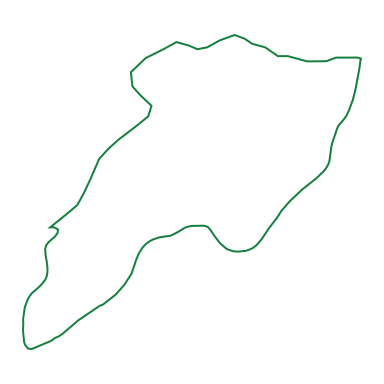 the district of Kim Hyong Gwon, Ryanggang, North Korea
{"feature_id": "82179303B61862606891781", "entity_name": "Kim Hyong Gwon", "entity_type": "district", "adm_level": 2, "iso_a3": "PRK", "parent_name": "North Korea", "parent_adm1": "Ryanggang", "projection": "albers", "projection_center": [128.041, 40.654], "detail": "fine", "context": "isolated", "style": "outline", "palette": "green", "viewbox_px": 384, "rotation_deg": 0, "n_neighbors": 0, "source": "geoboundaries", "source_scale": "gbopen_adm2", "svg_char_len": 1544}
<svg xmlns="http://www.w3.org/2000/svg" viewBox="0 0 384 384"><path d="M361.0,58.7L357.0,57.5L352.1,57.6L347.3,57.6L342.4,57.6L336.0,57.6L326.3,61.2L316.6,61.3L306.9,61.3L294.0,57.8L287.6,56.1L277.9,56.1L265.1,47.3L252.2,43.8L244.2,38.5L234.6,35.0L220.0,40.3L207.0,47.4L197.3,49.2L189.3,45.7L176.4,42.1L163.5,49.2L145.6,58.1L130.9,72.2L132.4,86.4L140.3,95.2L151.5,105.8L148.2,116.4L135.1,127.0L118.8,139.4L109.0,148.2L99.2,158.8L90.8,178.3L84.2,192.4L77.5,204.8L69.4,211.8L56.3,222.4L50.2,227.4L54.0,227.3L58.0,229.5L57.6,232.8L55.1,236.4L48.7,242.0L46.2,245.3L45.1,249.1L45.8,256.9L46.6,260.5L47.5,268.3L47.4,272.5L46.7,276.3L45.3,279.6L42.8,283.0L39.2,286.8L32.0,293.1L29.2,296.7L27.3,300.5L24.8,307.3L23.1,319.2L23.3,323.0L23.0,330.5L24.1,342.1L25.3,345.2L27.3,347.7L28.1,348.6L31.7,349.0L51.5,340.7L54.8,338.0L58.7,336.4L62.4,333.9L78.3,320.3L99.7,305.8L102.8,304.7L104.2,303.6L115.9,294.4L124.3,284.8L131.5,273.8L136.1,260.1L138.7,253.6L142.8,247.3L145.9,244.0L149.3,241.5L152.9,239.5L159.5,237.3L170.7,235.7L177.6,232.2L184.9,227.7L188.2,226.6L191.9,225.9L204.1,225.7L207.6,226.8L210.5,229.9L215.0,236.7L220.3,243.5L226.9,249.1L233.7,251.4L238.2,251.6L245.6,250.9L248.9,249.8L252.9,248.0L256.5,245.2L261.9,238.9L269.0,228.1L276.9,218.0L281.5,210.7L289.9,201.1L302.3,189.4L308.4,184.6L316.3,178.3L323.1,171.8L325.9,168.5L328.1,164.7L329.4,161.2L331.4,146.3L332.4,142.5L337.0,128.9L338.4,125.6L344.0,119.2L346.4,115.8L349.3,109.6L353.0,99.2L355.7,88.4L359.3,68.9L360.4,60.9L361.0,58.7Z" fill="none" stroke="#15803d" stroke-width="2"/></svg>